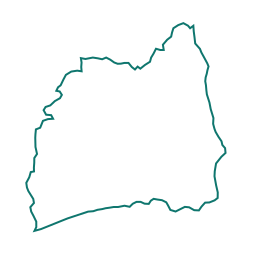 outline of Surubim, Pernambuco, Brazil, rotated 273°
{"feature_id": "56859067B76326707509966", "entity_name": "Surubim", "entity_type": "district", "adm_level": 2, "iso_a3": "BRA", "parent_name": "Brazil", "parent_adm1": "Pernambuco", "projection": "mercator", "projection_center": [-35.746, -7.891], "detail": "fine", "context": "isolated", "style": "outline", "palette": "teal", "viewbox_px": 256, "rotation_deg": 273, "n_neighbors": 0, "source": "geoboundaries", "source_scale": "gbopen_adm2", "svg_char_len": 1816}
<svg xmlns="http://www.w3.org/2000/svg" viewBox="0 0 256 256"><g transform="rotate(273 128 128)"><path d="M173.1,61.0L167.1,58.5L165.0,56.0L161.4,54.5L160.9,57.9L157.6,60.2L154.2,58.5L151.1,53.6L146.5,49.2L144.7,44.6L141.4,42.8L137.0,45.5L136.8,50.6L133.3,52.7L132.7,47.6L130.7,42.7L123.7,40.3L121.8,36.1L116.9,35.9L113.4,35.9L104.2,36.6L97.3,38.5L93.1,36.0L88.5,36.2L83.5,36.1L79.7,36.4L78.9,33.2L73.7,32.0L67.9,29.3L63.3,30.2L59.8,31.8L52.2,37.1L48.2,38.0L43.8,34.6L39.5,35.7L35.3,38.2L29.7,41.3L24.2,41.6L20.4,40.0L22.5,46.4L32.3,67.5L34.6,72.5L42.4,92.5L43.1,97.7L44.7,101.8L45.7,106.6L46.7,109.8L47.4,113.5L48.4,118.0L48.6,122.3L50.2,128.6L49.4,133.8L52.6,136.7L54.7,140.4L54.9,144.5L53.3,148.5L53.3,152.7L56.6,154.6L58.6,157.3L58.1,161.1L57.7,165.7L55.8,170.1L53.0,171.9L48.4,174.6L47.1,179.9L52.2,188.9L52.0,193.2L49.4,198.4L49.4,203.1L53.3,205.5L57.5,208.9L57.9,213.1L60.3,218.3L62.8,221.2L68.4,221.0L75.4,219.0L84.3,216.9L89.4,216.9L97.2,217.8L104.2,222.8L108.2,226.7L113.0,226.0L116.0,223.1L119.6,222.1L124.1,218.7L128.7,215.7L131.7,214.4L136.6,212.8L142.4,212.8L151.2,209.6L157.7,208.0L165.7,205.0L169.7,204.3L174.8,203.6L178.7,202.7L182.6,202.9L186.3,203.8L189.8,204.3L193.7,205.2L196.7,203.8L199.5,202.1L202.3,200.4L207.3,197.3L210.8,195.7L215.9,190.7L221.9,189.7L227.9,188.6L233.5,187.9L230.9,184.8L233.3,182.6L235.6,177.8L233.4,172.8L230.0,168.1L225.7,167.0L221.5,166.3L218.2,162.5L213.0,158.5L207.8,159.6L207.6,156.1L208.6,151.8L203.6,149.6L199.5,147.4L195.3,146.5L191.9,141.7L187.9,137.2L189.8,134.4L186.8,131.9L189.1,128.6L193.0,125.1L192.8,121.0L191.9,117.6L191.6,114.3L192.7,110.8L195.3,106.7L197.2,102.5L195.3,98.6L196.0,94.3L196.5,89.2L194.7,81.9L195.3,77.3L190.9,78.2L186.5,78.1L182.2,78.7L182.6,74.3L181.4,68.4L177.8,63.2L173.1,61.0Z" fill="none" stroke="#0f766e" stroke-width="2"/></g></svg>